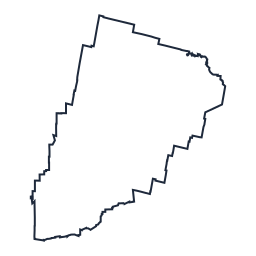 outline of Río Primero, Córdoba, Argentina
{"feature_id": "61730980B52469297457294", "entity_name": "Río Primero", "entity_type": "district", "adm_level": 2, "iso_a3": "ARG", "parent_name": "Argentina", "parent_adm1": "Córdoba", "projection": "equal_earth", "projection_center": [-63.224, -31.038], "detail": "fine", "context": "isolated", "style": "outline", "palette": "slate", "viewbox_px": 256, "rotation_deg": 0, "n_neighbors": 0, "source": "geoboundaries", "source_scale": "gbopen_adm2", "svg_char_len": 4984}
<svg xmlns="http://www.w3.org/2000/svg" viewBox="0 0 256 256"><path d="M34.8,217.6L34.8,219.2L34.8,225.8L34.6,225.9L34.6,230.5L34.4,236.3L34.5,238.9L35.1,238.9L35.1,239.1L42.8,240.3L43.8,240.6L43.8,239.9L44.4,240.0L45.5,239.7L47.2,238.9L48.4,238.9L51.0,238.5L51.4,238.0L52.4,238.0L55.3,237.6L55.2,236.9L59.8,236.2L59.9,237.4L61.2,237.2L61.3,237.1L61.9,236.9L62.4,237.0L65.1,236.6L65.3,236.5L67.2,235.9L67.3,236.6L68.7,235.3L70.1,235.0L70.2,234.9L71.1,234.6L74.6,234.5L76.8,235.4L78.5,236.0L78.5,235.1L79.1,235.2L79.3,235.0L80.2,234.8L80.2,229.5L81.8,230.1L81.8,229.9L86.0,228.0L86.0,228.3L88.0,228.3L90.2,229.5L90.5,229.8L96.1,226.2L96.1,225.1L98.3,224.4L98.7,223.4L99.4,222.7L99.8,222.5L100.1,222.0L100.3,222.0L100.5,221.8L100.7,221.7L100.7,216.4L101.4,215.8L101.6,214.9L101.9,214.7L101.8,213.9L102.5,213.9L102.5,211.9L105.3,211.9L105.3,209.5L112.2,209.3L112.1,207.8L112.8,207.7L112.8,206.7L116.9,205.6L118.0,205.3L118.2,204.8L118.2,204.5L118.4,203.9L118.8,203.6L118.8,203.3L121.0,203.3L123.0,203.2L123.0,203.3L123.3,203.3L124.7,203.7L124.7,203.9L129.4,201.6L129.5,202.4L130.1,202.3L132.8,201.9L132.8,201.7L134.1,201.6L132.9,189.9L136.9,190.7L141.0,191.7L145.5,192.9L149.9,194.0L150.3,191.4L150.6,191.5L152.9,178.7L155.6,179.3L155.4,180.6L164.4,182.8L165.7,175.6L166.5,170.5L165.4,170.2L166.6,163.9L166.7,162.7L167.1,160.4L167.3,160.5L168.3,155.2L172.1,156.0L172.6,153.2L172.8,153.2L173.3,150.7L174.1,145.7L187.4,148.9L188.7,141.5L189.5,141.7L190.3,137.4L192.0,137.9L192.5,135.6L199.8,137.2L201.6,137.4L203.5,126.9L204.4,124.6L204.6,123.1L205.3,118.9L204.1,118.6L205.3,112.3L222.0,104.5L223.8,94.3L225.2,86.2L224.2,85.2L223.0,84.4L222.8,84.2L222.8,83.8L223.0,83.0L223.1,82.8L223.0,82.6L222.8,82.3L222.8,82.1L222.8,81.6L222.7,81.1L222.6,80.8L222.3,80.7L222.1,80.8L221.9,80.7L221.8,80.1L221.6,79.9L221.4,79.8L220.6,79.7L220.4,79.5L220.6,76.0L217.5,75.9L217.7,74.8L216.7,74.9L216.5,74.7L213.3,74.6L212.5,74.2L211.9,73.7L211.6,73.3L211.1,72.9L210.5,72.4L210.0,71.7L209.4,70.5L209.2,69.8L209.1,69.5L209.3,68.8L209.2,67.9L209.3,67.8L209.2,67.7L208.6,67.3L208.2,66.9L208.1,66.7L207.7,66.5L207.5,66.2L207.4,66.0L207.2,65.7L206.9,65.7L206.7,65.2L206.4,64.8L206.3,64.4L206.0,64.2L206.2,63.9L206.3,63.9L206.5,63.9L207.0,63.9L207.2,63.7L207.2,63.3L206.9,63.5L206.7,63.5L206.5,63.2L206.3,63.0L206.2,62.9L206.2,62.6L206.2,62.4L206.4,62.2L206.6,62.2L206.5,61.8L206.5,61.6L206.7,61.3L206.8,61.2L207.0,61.0L207.0,60.6L207.1,60.4L207.0,60.2L207.2,59.8L207.2,59.6L207.3,59.5L207.3,59.4L206.9,59.2L206.7,58.6L206.5,58.4L206.3,57.9L205.9,57.3L205.6,57.1L205.2,56.9L205.0,56.6L204.7,56.5L203.9,56.7L202.9,56.7L202.7,56.5L202.6,56.3L202.3,56.3L202.1,56.2L201.9,56.2L201.9,56.3L202.0,56.5L202.1,56.8L201.9,56.9L201.5,56.9L201.5,57.1L201.4,57.2L200.8,56.7L200.6,56.3L200.7,56.0L200.8,55.9L200.4,55.6L200.3,55.4L200.2,55.2L200.2,54.9L199.9,54.5L199.8,54.4L199.6,54.4L199.4,54.3L199.1,54.2L198.9,54.2L198.6,54.2L198.3,54.1L198.6,54.8L198.6,55.1L198.1,55.1L197.8,54.8L197.7,55.3L197.8,55.4L197.8,55.8L197.7,55.9L197.7,56.1L197.3,56.0L197.2,55.9L197.0,56.0L196.9,56.0L196.8,55.9L196.7,55.8L196.3,56.0L196.1,56.0L195.8,55.8L195.8,56.0L195.4,56.0L195.2,56.2L195.0,56.3L194.9,56.1L194.8,55.9L194.6,55.6L194.5,55.3L194.7,54.9L194.4,55.2L194.2,55.3L193.7,55.7L193.4,55.5L193.4,55.3L193.3,54.9L193.7,54.7L193.3,54.4L193.0,54.4L193.0,54.5L193.1,54.9L192.9,55.1L192.7,55.1L192.5,54.9L192.4,54.6L192.2,55.3L191.9,55.6L191.7,55.4L191.7,54.6L191.8,54.4L192.0,54.3L192.1,54.1L191.8,53.9L191.8,53.7L191.7,53.7L191.4,53.4L191.2,53.5L190.7,53.7L190.4,53.7L189.8,53.3L189.7,53.3L189.4,53.4L188.9,53.4L188.8,53.9L188.6,54.2L188.3,54.4L188.2,54.5L188.3,54.7L188.3,54.8L188.2,55.0L187.7,55.4L187.4,55.4L187.0,54.8L187.1,54.6L187.0,54.4L187.1,54.2L187.3,54.2L187.4,54.3L187.4,54.5L187.5,54.6L187.9,54.4L188.1,54.3L188.3,53.9L188.5,53.8L188.6,53.6L188.7,53.3L188.8,53.1L188.9,52.8L189.3,52.4L189.2,52.1L189.2,51.8L189.2,51.5L187.1,51.0L186.9,51.1L181.1,49.9L180.8,49.5L164.8,45.5L158.3,44.0L159.4,38.9L154.9,37.7L151.2,36.5L141.7,34.1L132.9,32.2L134.2,24.7L108.5,18.5L108.4,18.5L107.4,18.2L105.0,17.6L103.4,17.2L103.4,16.4L100.1,15.6L99.3,15.4L98.4,20.6L97.4,25.6L96.8,29.0L94.4,42.6L93.7,46.3L91.5,45.7L91.3,47.1L86.8,46.0L83.0,45.1L79.8,62.4L79.5,64.1L77.3,77.1L77.2,79.1L77.1,79.8L77.3,79.9L77.3,80.1L77.1,81.6L76.3,85.0L75.9,86.9L75.2,90.8L74.4,90.5L73.6,94.6L73.8,94.7L73.4,97.0L72.0,104.9L66.0,103.4L66.0,108.3L66.0,113.2L61.3,113.1L61.3,113.5L58.7,113.4L58.7,113.2L57.3,113.2L57.2,113.2L56.8,113.2L56.6,113.2L56.6,113.4L56.6,123.6L56.2,123.6L56.1,124.2L56.1,125.2L56.2,125.4L56.1,127.1L56.2,136.0L53.4,135.1L54.9,140.4L52.6,144.6L49.3,144.6L49.3,146.1L49.5,151.1L49.5,156.7L48.9,156.7L48.9,160.2L48.9,162.6L49.1,162.6L49.1,170.0L46.1,170.0L46.1,171.1L44.2,171.2L44.2,174.4L39.6,174.5L39.7,180.7L36.6,180.6L34.9,180.6L34.9,191.2L32.6,191.1L32.6,196.4L31.7,196.4L31.7,196.7L30.8,196.7L30.8,198.1L32.7,197.5L32.7,199.2L31.8,199.5L32.3,203.4L34.5,201.2L34.6,207.2L34.8,217.6Z" fill="none" stroke="#1e293b" stroke-width="2"/></svg>